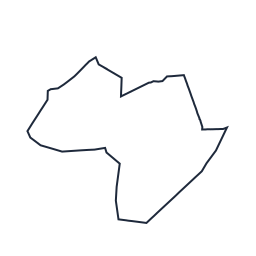 San Dionisio Ocotepec, Oaxaca, Mexico, rotated 46°
{"feature_id": "50627088B78764005336655", "entity_name": "San Dionisio Ocotepec", "entity_type": "district", "adm_level": 2, "iso_a3": "MEX", "parent_name": "Mexico", "parent_adm1": "Oaxaca", "projection": "natural_earth1", "projection_center": [-96.307, 16.784], "detail": "fine", "context": "isolated", "style": "outline", "palette": "slate", "viewbox_px": 256, "rotation_deg": 46, "n_neighbors": 0, "source": "geoboundaries", "source_scale": "gbopen_adm2", "svg_char_len": 1699}
<svg xmlns="http://www.w3.org/2000/svg" viewBox="0 0 256 256"><g transform="rotate(46 128 128)"><path d="M209.1,180.7L209.2,173.6L209.3,170.3L209.3,166.3L209.4,160.4L209.5,156.1L209.8,141.0L209.8,135.9L210.0,125.7L210.2,113.6L210.4,105.0L207.9,96.0L205.3,80.4L196.4,56.5L195.8,57.9L195.8,58.0L194.7,60.4L193.4,61.7L191.2,64.2L190.6,64.8L189.5,66.0L188.7,66.9L186.5,69.3L184.8,71.0L183.7,72.2L183.1,73.0L180.6,75.7L180.2,75.3L178.9,73.8L174.8,71.8L173.6,71.2L173.4,71.0L171.7,70.3L171.3,70.4L170.1,69.6L169.5,69.4L166.0,68.0L165.7,67.9L163.3,66.6L163.2,66.6L161.4,65.7L160.0,65.1L159.6,64.9L158.9,64.6L157.7,64.1L157.1,63.9L155.5,63.1L154.5,62.6L153.5,62.2L151.5,61.3L149.4,60.4L146.9,59.2L143.6,57.7L142.7,57.3L142.3,57.1L139.9,56.1L138.5,55.5L138.0,55.2L136.5,54.5L135.3,54.0L134.6,53.7L133.5,53.2L131.8,52.4L130.6,51.9L129.4,51.4L128.8,51.1L128.3,51.7L121.4,60.2L118.0,64.1L118.2,70.6L115.7,74.0L114.7,74.8L112.0,77.2L111.9,77.6L111.1,80.0L109.9,81.5L105.1,96.5L100.4,111.1L97.1,107.7L95.5,106.0L93.3,103.7L90.3,100.6L87.5,97.7L71.1,102.3L71.2,102.2L70.9,102.2L70.4,102.3L70.0,102.5L69.9,102.5L69.6,102.6L61.9,104.9L54.7,102.1L54.6,102.6L53.1,109.8L53.2,112.3L53.2,114.8L53.3,116.7L53.5,123.1L53.6,128.1L53.6,130.8L53.0,136.4L52.6,140.0L52.1,144.0L50.8,150.9L48.8,153.5L47.3,155.5L46.4,156.6L46.3,157.1L45.6,159.9L51.8,166.3L52.2,168.1L53.9,175.3L54.7,178.9L55.5,182.1L56.6,186.8L58.2,193.7L60.4,202.5L67.0,204.9L79.7,202.9L89.3,197.4L99.2,191.8L111.6,177.1L116.5,171.4L120.3,167.1L126.4,158.3L130.7,160.5L142.3,159.3L147.9,158.7L162.4,177.0L171.8,187.2L187.1,198.3L193.2,193.4L194.3,192.6L195.2,191.9L197.7,189.8L203.2,185.4L209.1,180.7Z" fill="none" stroke="#1e293b" stroke-width="2"/></g></svg>